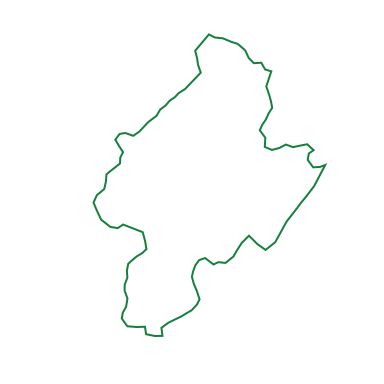 Modelo, Santa Catarina, Brazil, rotated 133°
{"feature_id": "56859067B74216075276825", "entity_name": "Modelo", "entity_type": "district", "adm_level": 2, "iso_a3": "BRA", "parent_name": "Brazil", "parent_adm1": "Santa Catarina", "projection": "equal_earth", "projection_center": [-53.047, -26.775], "detail": "fine", "context": "isolated", "style": "outline", "palette": "green", "viewbox_px": 384, "rotation_deg": 133, "n_neighbors": 0, "source": "geoboundaries", "source_scale": "gbopen_adm2", "svg_char_len": 1559}
<svg xmlns="http://www.w3.org/2000/svg" viewBox="0 0 384 384"><g transform="rotate(133 192 192)"><path d="M81.4,113.0L86.4,115.5L91.3,120.2L89.6,129.3L84.2,132.8L78.5,131.6L78.5,140.3L84.0,144.3L90.3,148.7L93.3,155.7L100.3,158.2L106.7,162.2L109.4,169.5L102.3,175.4L100.6,184.5L95.2,186.4L88.7,187.4L81.8,189.7L75.8,190.7L72.0,195.8L68.2,202.0L64.1,209.7L49.7,216.3L52.5,222.1L50.2,229.5L55.6,234.6L55.3,241.9L52.1,249.8L52.5,259.6L55.3,265.5L58.6,274.3L63.5,280.8L65.2,287.1L86.5,286.0L90.8,279.4L94.9,274.3L98.7,267.0L121.4,267.3L128.8,269.2L134.2,269.2L140.5,270.6L146.8,270.3L153.3,271.5L160.5,269.9L170.8,271.7L176.9,271.7L183.7,271.7L191.0,273.3L194.3,281.0L198.9,284.5L206.0,283.8L208.2,276.4L209.9,269.6L215.6,268.0L220.3,264.1L225.7,264.9L232.0,265.9L237.4,266.6L242.9,262.2L249.7,258.2L259.3,259.4L266.9,256.8L270.4,249.1L274.2,239.6L273.2,227.9L269.1,221.7L262.8,220.2L255.0,200.6L260.1,192.5L264.8,186.4L270.5,186.7L276.7,188.5L282.2,189.2L287.9,189.7L293.9,186.0L298.8,180.8L305.7,178.0L310.1,174.0L313.9,166.6L320.9,161.9L327.3,160.4L332.4,157.1L334.3,147.7L328.4,140.3L322.6,134.5L327.3,128.6L322.6,120.9L317.4,115.5L312.2,121.7L304.0,120.2L296.5,117.4L290.7,115.1L285.7,113.7L278.7,111.6L271.0,111.6L265.3,113.3L260.9,121.4L258.0,127.9L254.1,134.2L249.4,137.0L243.2,139.6L236.9,140.3L231.4,137.4L230.3,126.8L225.4,124.9L221.0,119.1L210.9,117.7L205.0,119.1L195.4,120.9L185.1,120.5L185.5,108.6L184.2,98.7L171.9,96.9L148.9,102.7L131.8,104.2L126.0,104.9L118.7,105.3L104.4,106.7L81.4,113.0Z" fill="none" stroke="#15803d" stroke-width="2"/></g></svg>